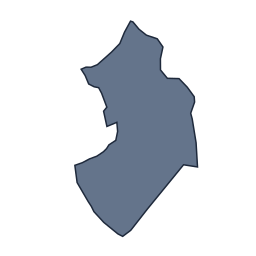 the border of Sembabule, rotated 49°
{"feature_id": "UGA-3077", "entity_name": "Sembabule", "entity_type": "District", "adm_level": 1, "iso_a3": "UGA", "parent_name": "Uganda", "parent_adm1": "", "projection": "robinson", "projection_center": [31.266, -0.042], "detail": "fine", "context": "isolated", "style": "filled", "palette": "slate", "viewbox_px": 256, "rotation_deg": 49, "n_neighbors": 0, "source": "natural_earth", "source_scale": "10m", "svg_char_len": 776}
<svg xmlns="http://www.w3.org/2000/svg" viewBox="0 0 256 256"><g transform="rotate(49 128 128)"><path d="M49.0,56.0L51.1,54.7L60.7,54.9L70.0,53.2L79.9,47.4L89.8,48.5L97.0,58.1L105.5,65.4L116.3,65.7L124.2,57.1L136.0,56.5L147.8,57.5L152.1,60.7L158.0,71.0L163.3,73.6L183.8,86.3L203.0,101.1L192.2,110.2L195.9,131.7L201.8,166.1L207.0,193.0L206.3,203.1L201.3,205.1L183.4,208.2L168.8,208.6L163.1,207.1L157.4,206.3L135.8,202.2L121.3,192.6L124.2,185.3L126.1,177.2L128.8,170.1L129.8,162.1L129.5,157.7L128.2,153.4L129.3,145.3L123.8,138.1L116.4,132.7L113.0,142.9L99.3,135.4L98.4,130.3L84.4,125.1L78.3,123.7L74.7,126.5L69.0,128.8L60.3,125.9L52.9,124.8L54.5,119.8L57.9,116.0L60.1,109.6L59.9,90.6L58.9,78.8L53.4,67.8L49.0,56.0Z" fill="#64748b" stroke="#1e293b" stroke-width="1.5"/></g></svg>